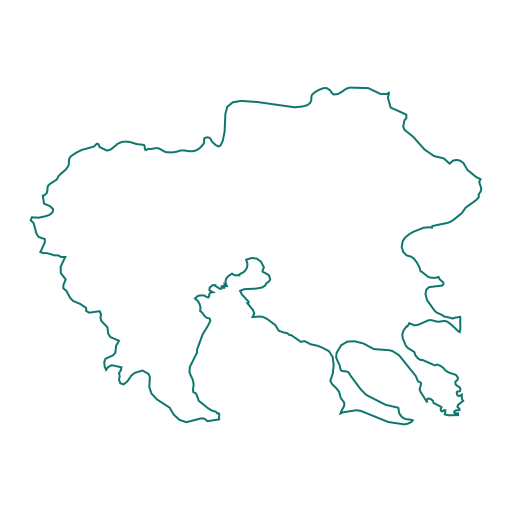 the border of Kentriki Makedonia
{"feature_id": "GRC-2991", "entity_name": "Kentriki Makedonia", "entity_type": "Region", "adm_level": 1, "iso_a3": "GRC", "parent_name": "Greece", "parent_adm1": "", "projection": "robinson", "projection_center": [23.042, 40.656], "detail": "fine", "context": "isolated", "style": "outline", "palette": "teal", "viewbox_px": 512, "rotation_deg": 0, "n_neighbors": 0, "source": "natural_earth", "source_scale": "10m", "svg_char_len": 6037}
<svg xmlns="http://www.w3.org/2000/svg" viewBox="0 0 512 512"><path d="M241.1,100.9L258.0,102.1L294.6,107.3L302.4,106.5L306.6,105.4L308.6,104.3L310.2,102.7L311.2,100.5L311.5,96.4L312.1,94.7L314.8,92.3L318.9,89.9L323.3,88.2L326.5,88.0L330.0,90.2L331.7,92.8L333.6,94.5L337.6,94.1L340.9,92.4L346.5,88.6L350.0,87.6L368.2,88.1L380.4,93.9L386.6,94.1L388.9,92.8L389.0,93.2L387.9,97.8L390.7,107.6L406.3,114.6L406.4,117.8L404.4,120.5L403.2,126.6L404.6,129.9L413.4,137.0L424.5,149.5L434.1,156.1L443.8,158.4L449.6,163.7L453.0,160.6L456.5,159.9L459.8,160.5L463.4,163.0L467.4,169.9L476.2,177.1L480.5,179.1L479.2,182.0L481.3,188.5L480.7,191.5L478.7,194.3L478.7,197.4L476.1,200.1L465.7,207.6L461.8,213.2L452.1,220.9L448.3,222.7L432.4,226.0L431.9,227.4L431.9,227.7L429.6,227.2L423.5,227.8L413.3,231.8L409.1,234.3L405.2,237.5L402.7,241.2L401.7,247.1L403.3,252.0L406.6,255.4L410.9,256.6L413.6,258.3L416.8,262.4L419.4,267.3L420.6,271.4L421.7,271.7L428.2,276.9L430.6,277.6L433.6,277.9L436.4,277.7L438.5,276.9L439.7,279.3L443.3,282.5L443.4,284.6L441.9,285.6L429.1,287.1L426.3,289.7L425.5,294.1L427.0,300.0L434.7,310.9L436.6,312.5L442.5,315.2L443.6,316.3L450.7,317.9L452.6,318.6L454.7,317.7L459.7,317.0L460.0,316.8L460.3,317.4L460.2,323.1L460.4,326.9L460.2,330.0L459.7,332.1L458.2,331.2L451.4,324.7L447.5,321.8L444.9,320.9L437.9,321.8L431.1,320.1L428.3,320.3L418.8,324.6L414.6,325.4L409.2,323.2L408.6,324.5L407.4,326.4L406.6,326.3L403.5,330.6L402.3,334.5L402.7,338.2L405.7,345.4L406.6,346.7L408.0,348.1L414.3,352.0L415.6,355.7L418.2,358.6L420.9,360.1L422.1,359.8L434.9,365.4L437.2,364.6L440.3,365.7L443.4,368.0L445.7,370.6L448.5,372.4L455.9,374.9L457.9,377.6L457.7,379.6L455.4,381.7L455.4,383.9L456.5,385.3L459.8,387.5L460.5,389.3L459.9,391.2L458.6,391.5L457.3,391.5L456.7,392.3L457.2,394.9L458.4,396.0L460.0,395.8L461.8,394.6L461.8,396.9L461.9,398.5L462.3,399.7L463.2,400.8L458.3,404.7L457.4,406.8L459.4,408.7L459.4,410.2L455.8,410.3L454.1,411.8L454.6,413.2L458.1,413.4L458.1,415.1L448.5,415.3L444.7,414.4L445.3,411.8L445.3,410.2L443.9,410.2L442.5,411.4L441.2,411.1L440.6,409.5L441.5,407.1L434.9,403.6L433.7,403.2L432.8,400.7L430.7,399.0L428.2,398.5L426.9,399.5L426.7,400.6L427.3,402.5L420.5,391.8L419.6,389.3L420.7,385.5L421.1,383.2L420.2,382.2L418.3,381.5L417.2,379.7L416.5,377.6L415.7,375.9L399.0,355.2L392.7,351.2L389.2,350.2L373.9,349.1L363.4,343.5L354.9,341.3L347.4,341.6L341.2,345.2L336.6,352.9L336.1,357.3L337.6,361.1L339.5,364.9L340.4,369.0L341.0,370.4L342.4,371.1L346.2,371.4L347.9,371.9L349.0,373.0L350.7,375.9L360.7,389.3L366.2,394.9L385.6,404.8L398.2,407.7L398.7,409.1L398.7,411.0L399.3,413.4L401.1,416.1L403.3,418.1L406.2,419.2L410.1,419.6L412.7,420.3L411.3,422.0L407.8,423.7L404.4,424.4L388.2,422.0L361.1,411.0L356.5,410.2L342.6,412.4L340.5,413.4L341.5,410.8L343.9,406.5L344.4,403.9L343.8,402.0L341.1,398.5L340.5,397.1L339.0,391.6L335.7,387.6L332.3,384.4L330.3,380.8L332.8,373.5L333.7,364.9L332.6,356.8L329.0,351.2L321.4,347.2L317.3,345.7L310.4,344.2L307.2,342.4L304.2,341.1L301.0,341.9L291.3,335.2L289.4,335.0L287.5,333.3L283.1,332.3L278.7,330.7L275.3,325.0L266.6,318.6L263.0,317.0L259.8,316.5L252.5,317.0L254.3,313.5L252.8,309.8L247.3,303.1L247.9,302.9L248.4,303.0L248.6,302.7L248.6,301.7L241.9,294.5L240.1,290.8L244.2,289.2L256.1,288.6L262.4,287.4L265.2,285.4L266.4,283.3L268.7,281.7L270.2,279.4L269.0,275.3L264.5,272.6L263.3,272.2L262.5,271.5L262.8,270.0L263.9,267.4L261.0,261.7L256.7,258.6L251.6,258.0L246.2,259.7L247.5,264.0L247.0,267.5L245.5,270.2L243.6,272.2L240.7,273.6L238.9,274.8L239.1,275.3L235.3,275.3L233.7,274.8L232.1,273.6L228.4,276.0L226.1,278.8L225.4,282.2L226.9,286.1L225.7,286.1L224.4,284.6L224.3,287.8L223.2,287.8L223.2,286.1L221.8,286.1L221.1,288.8L219.6,288.7L217.6,287.3L215.5,286.1L215.4,285.1L212.6,285.2L209.7,287.5L209.4,290.3L212.9,292.2L211.2,292.4L210.0,292.9L209.3,294.1L209.1,296.3L208.4,297.5L206.7,297.0L203.9,295.4L199.5,295.5L197.2,296.4L195.0,298.5L197.7,300.8L199.6,304.0L200.5,307.6L200.1,310.9L202.3,312.8L204.1,315.4L206.3,317.6L209.7,318.6L210.3,320.9L207.7,326.2L202.7,334.2L197.0,349.8L197.1,352.4L189.9,366.8L189.4,371.9L190.8,375.7L192.7,379.5L193.7,384.6L192.9,389.8L193.4,392.2L195.6,393.2L196.4,394.3L198.8,400.8L208.5,408.6L210.2,409.5L211.2,410.3L215.7,411.7L216.7,412.6L217.1,413.4L218.8,413.3L219.2,414.2L219.0,418.4L219.2,419.3L217.2,419.7L207.5,421.2L204.6,418.8L201.3,418.3L186.4,422.2L179.5,419.9L173.7,414.6L169.7,407.7L157.1,399.5L151.5,393.6L149.3,387.1L149.9,377.2L148.5,373.9L142.4,370.5L134.5,373.0L131.3,375.6L127.5,381.2L123.6,384.4L120.4,383.3L119.0,379.9L119.7,376.3L119.0,373.1L120.9,370.3L121.4,367.3L111.7,365.2L108.0,367.1L106.1,369.9L104.7,366.6L104.2,362.2L105.5,358.7L112.9,355.4L115.4,352.7L116.0,346.0L119.0,340.8L110.3,337.0L108.2,333.6L107.4,327.3L101.2,320.8L100.5,317.5L101.0,314.5L99.6,311.2L89.2,312.7L86.2,311.0L86.1,307.9L80.1,303.9L73.2,301.0L70.3,298.1L66.3,290.7L63.4,288.4L63.3,285.3L65.7,279.4L60.8,273.1L60.6,266.9L65.2,257.0L61.1,257.0L58.1,255.3L54.7,255.4L47.0,253.1L43.6,253.2L40.4,252.1L44.9,242.2L44.8,239.1L38.5,236.9L36.4,233.5L33.6,223.1L30.7,220.2L31.9,217.3L38.7,217.7L45.7,216.2L49.4,214.9L52.6,212.3L53.1,209.3L50.3,206.3L44.0,203.6L42.8,195.7L44.4,195.3L46.7,193.1L47.4,190.5L47.5,188.1L47.8,186.2L49.7,184.1L56.7,179.6L59.2,175.3L65.9,169.4L68.4,165.9L68.8,164.2L69.0,159.7L69.7,157.6L71.2,156.0L76.0,152.8L81.6,150.0L93.5,146.7L94.4,146.1L96.3,144.2L97.0,143.7L98.4,144.2L99.0,145.3L99.3,146.4L99.7,147.1L105.9,150.1L107.2,150.6L111.1,149.3L117.8,143.7L122.0,141.9L126.2,141.6L129.8,142.0L136.8,144.1L142.5,144.7L144.2,145.2L144.6,146.1L144.9,149.0L145.3,149.8L146.4,149.9L148.0,149.0L151.5,148.9L156.2,148.1L158.5,148.3L160.2,149.1L164.1,151.4L166.2,152.2L171.7,152.4L174.7,152.1L177.3,151.5L180.8,150.5L183.8,150.4L189.8,151.3L193.9,151.1L197.4,149.8L200.6,147.3L203.8,143.6L204.2,141.7L204.0,139.7L204.7,138.0L207.5,137.3L209.6,137.8L210.7,139.1L211.5,140.9L213.0,142.7L216.2,145.4L218.7,146.5L220.7,145.2L222.8,140.6L224.6,131.8L225.4,113.9L227.3,106.8L232.8,102.3L241.1,100.9Z" fill="none" stroke="#0f766e" stroke-width="2"/></svg>